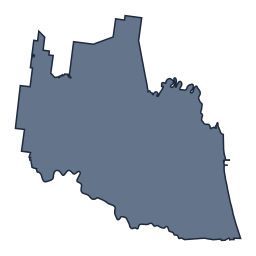 Altamira, Tamaulipas, Mexico
{"feature_id": "50627088B67478118137256", "entity_name": "Altamira", "entity_type": "district", "adm_level": 2, "iso_a3": "MEX", "parent_name": "Mexico", "parent_adm1": "Tamaulipas", "projection": "orthographic", "projection_center": [-98.026, 22.563], "detail": "fine", "context": "isolated", "style": "filled", "palette": "slate", "viewbox_px": 256, "rotation_deg": 0, "n_neighbors": 0, "source": "geoboundaries", "source_scale": "gbopen_adm2", "svg_char_len": 5684}
<svg xmlns="http://www.w3.org/2000/svg" viewBox="0 0 256 256"><path d="M225.1,240.2L228.0,238.5L229.1,238.1L229.8,239.9L230.5,239.6L234.0,239.6L233.9,238.2L240.6,238.4L235.7,223.3L232.8,212.9L232.6,211.3L231.6,207.2L231.4,206.0L230.7,203.9L229.8,200.0L229.4,197.8L227.6,189.6L226.8,185.0L225.4,178.9L225.4,178.0L224.4,172.5L224.1,169.7L224.1,166.6L224.6,165.2L227.9,165.2L224.2,165.0L224.0,164.4L224.0,163.8L224.6,163.7L223.9,163.6L223.7,161.6L224.2,161.6L224.2,161.4L223.7,161.5L223.5,161.3L223.5,161.0L224.0,160.1L229.3,160.2L229.3,159.9L225.8,160.0L224.2,154.1L223.6,149.2L223.3,134.5L222.9,134.5L221.0,133.2L220.7,133.1L220.2,131.3L219.9,130.7L219.5,129.4L219.1,128.7L218.5,126.9L218.0,125.8L217.9,125.1L218.0,124.0L217.7,122.9L217.6,122.7L217.4,122.7L216.9,123.7L216.7,124.6L216.2,125.6L215.6,125.9L215.6,126.3L216.0,126.8L216.1,127.4L216.1,128.1L214.7,127.9L214.3,127.6L214.2,127.3L213.9,127.2L213.1,127.7L212.0,127.9L211.2,128.2L210.8,128.7L210.5,128.5L210.1,126.8L209.7,125.7L208.9,124.5L207.8,124.3L205.6,124.3L204.2,123.8L203.8,123.3L203.4,122.5L202.8,121.7L201.7,120.5L201.6,120.2L201.6,119.6L201.8,117.7L202.5,115.9L202.5,115.3L202.1,114.2L200.7,112.9L200.6,112.4L200.7,111.7L201.3,110.3L201.6,108.7L202.1,104.7L201.9,103.7L200.1,102.0L198.7,98.8L198.6,98.0L198.8,96.8L199.9,94.8L200.2,94.0L200.2,92.9L200.0,91.6L199.3,90.2L197.8,88.3L196.9,86.4L196.4,86.1L195.5,86.4L194.6,87.5L194.0,88.6L193.4,90.1L193.2,91.6L192.3,92.6L191.7,92.9L191.0,92.9L190.6,92.5L190.5,92.0L190.6,91.4L191.6,90.2L192.1,89.7L192.7,88.7L193.2,87.5L193.4,86.3L193.1,84.9L192.5,84.3L191.3,84.3L189.1,85.1L187.9,86.1L187.3,86.9L186.7,88.7L186.1,89.6L185.2,90.1L184.2,90.1L182.1,89.7L180.4,89.7L179.9,89.4L179.7,89.0L179.7,88.7L180.0,88.0L180.8,86.8L181.3,86.1L181.7,84.9L181.8,83.8L181.7,83.3L181.4,82.5L180.9,81.8L180.5,81.5L179.8,81.4L178.8,81.9L178.0,83.0L176.2,86.9L176.0,87.1L175.5,87.1L175.3,86.7L175.4,85.7L176.0,83.8L176.3,81.7L176.4,80.3L175.7,78.4L175.0,77.9L174.4,78.0L174.0,78.4L173.9,79.0L174.9,82.6L174.9,83.4L174.6,84.4L174.0,85.7L172.5,87.3L172.0,87.4L171.4,87.4L170.8,86.9L170.6,86.3L170.9,85.4L173.2,83.6L173.5,82.4L173.4,81.4L172.7,80.4L171.7,79.5L170.1,78.6L169.3,78.6L168.1,79.0L166.9,80.0L166.4,80.8L166.0,81.7L165.6,83.1L165.4,83.2L164.9,83.2L163.8,82.7L163.1,82.5L162.0,83.0L161.7,83.5L161.6,86.5L162.2,86.7L162.7,86.4L163.1,86.4L163.3,86.6L163.2,87.3L161.9,89.7L160.0,92.6L159.2,94.1L158.7,95.5L158.0,96.2L157.3,96.4L156.9,96.1L156.9,95.8L157.2,95.2L158.0,94.7L158.2,94.4L158.1,93.7L156.9,92.1L156.2,91.9L155.6,91.9L155.1,92.1L153.8,93.3L153.5,93.8L153.4,94.5L153.0,94.7L152.6,94.4L152.2,93.1L150.8,92.6L150.5,92.4L150.1,91.3L149.7,91.0L149.3,90.9L148.8,91.0L148.1,91.6L146.5,82.2L145.4,77.0L138.5,40.0L138.8,39.2L141.7,17.8L125.1,15.6L124.5,20.1L115.7,18.8L113.1,37.0L93.4,44.2L73.6,41.7L69.5,73.9L69.5,75.9L70.9,77.7L70.4,77.9L70.0,77.6L69.7,76.9L69.4,76.9L68.8,76.6L68.5,76.8L68.4,76.7L68.5,76.3L68.4,76.1L68.6,75.9L68.2,75.7L68.1,75.4L67.9,75.2L68.0,75.0L68.3,75.0L68.4,74.8L68.2,74.7L67.9,74.2L67.5,74.2L67.1,74.5L66.0,74.1L65.5,74.1L65.1,73.9L64.7,74.1L64.6,74.6L63.7,75.0L63.5,75.4L63.2,75.1L62.9,75.1L62.7,74.9L62.6,75.2L62.1,75.8L61.5,75.4L61.4,75.6L61.3,75.4L61.1,75.5L59.9,76.3L59.3,76.2L59.1,76.6L59.1,76.8L59.6,77.2L59.3,77.6L59.1,77.6L58.7,77.4L58.5,77.1L58.5,76.8L57.8,77.2L57.2,77.3L57.0,77.1L54.8,77.5L50.8,73.2L53.2,55.5L48.9,55.0L49.3,51.0L43.1,50.2L44.7,37.1L38.8,31.2L37.6,40.9L33.8,40.3L32.1,53.8L33.3,55.0L33.6,54.7L34.5,55.6L34.4,56.1L33.4,55.2L33.2,55.4L32.8,55.0L32.7,56.6L31.9,55.7L31.9,55.8L30.4,67.7L32.5,68.0L30.1,86.7L20.3,85.6L15.4,128.4L24.5,129.4L21.5,151.2L27.0,152.0L27.0,151.8L30.6,152.6L29.1,157.1L31.2,157.6L29.6,157.9L29.9,160.1L30.8,160.0L32.0,167.2L33.8,168.1L35.4,168.4L36.0,168.9L36.6,168.8L36.4,169.5L37.1,171.7L37.6,172.2L38.4,172.2L39.4,172.6L40.3,173.4L41.0,174.3L41.6,175.9L42.2,178.2L42.9,179.9L43.6,181.0L44.5,181.6L45.6,181.8L47.2,181.4L50.3,180.4L51.8,179.6L52.6,179.0L53.1,178.1L53.3,177.1L53.5,174.9L54.0,172.9L54.6,171.6L55.5,170.8L56.4,170.5L57.5,170.4L58.5,170.7L59.6,171.4L60.7,172.6L62.0,174.5L62.4,175.0L63.1,175.3L63.6,175.2L64.2,174.9L66.8,171.5L67.7,170.7L68.4,170.4L69.3,170.5L70.1,170.8L70.9,171.3L73.2,173.7L74.0,174.0L74.7,173.9L75.5,173.5L77.5,171.9L78.4,171.5L79.1,171.5L79.7,171.9L80.2,172.6L80.2,173.5L79.8,174.4L77.2,179.5L77.0,180.4L77.0,181.0L77.3,181.6L77.9,182.0L79.8,182.9L80.7,183.6L81.4,184.4L81.6,185.2L81.1,189.1L81.1,190.1L81.2,191.1L81.7,192.1L82.3,192.7L83.1,193.2L87.0,194.6L88.4,195.3L89.2,196.0L90.6,197.8L91.6,198.7L92.7,199.2L94.1,199.2L95.2,199.0L97.2,197.8L97.8,197.8L103.5,200.3L105.5,201.5L108.8,203.8L113.1,205.4L114.1,206.1L114.8,206.8L115.1,207.6L115.2,208.4L114.8,210.5L114.7,212.8L114.9,214.0L116.8,218.6L117.3,219.4L117.7,219.7L118.3,219.7L118.9,219.4L119.7,218.8L120.8,217.1L121.3,216.7L121.9,216.6L125.0,217.3L126.0,217.8L126.5,218.5L128.9,223.3L129.4,224.7L129.8,226.4L130.4,227.5L131.0,228.2L131.7,228.5L132.5,228.6L135.0,227.8L135.6,227.9L136.6,228.6L137.4,228.8L137.9,228.5L138.3,227.6L138.6,226.2L139.1,225.1L139.8,224.6L140.8,224.2L141.8,224.2L146.3,224.5L148.0,224.3L149.5,223.6L150.7,223.2L151.8,223.5L152.4,224.0L153.5,225.4L153.9,225.9L154.6,226.1L155.2,226.1L156.8,225.6L157.4,225.6L158.1,225.8L160.3,227.2L162.7,228.0L164.0,228.1L164.6,227.9L166.1,226.5L166.8,226.5L167.3,226.8L167.8,227.3L168.9,230.5L169.4,231.3L170.3,231.6L172.6,232.3L173.0,232.6L173.9,234.3L174.4,234.8L175.0,235.1L176.1,235.0L176.9,235.2L177.6,235.6L178.2,236.5L178.3,237.4L178.6,238.1L179.1,238.4L179.6,238.5L181.8,238.0L182.9,238.8L184.5,239.6L205.1,238.1L206.1,238.5L207.6,238.8L213.3,239.7L220.8,239.1L221.3,240.4L225.1,240.2Z" fill="#64748b" stroke="#1e293b" stroke-width="1.5"/></svg>